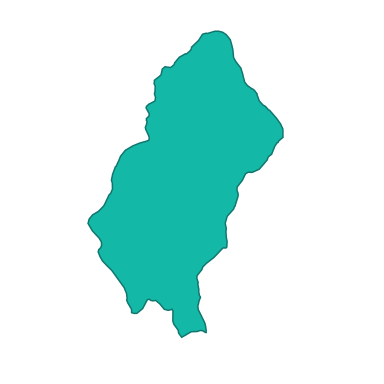 outline of Guatemala, Guatemala, rotated 325°
{"feature_id": "79465075B25759952858694", "entity_name": "Guatemala", "entity_type": "district", "adm_level": 2, "iso_a3": "GTM", "parent_name": "Guatemala", "parent_adm1": "", "projection": "natural_earth1", "projection_center": [-90.482, 14.625], "detail": "fine", "context": "isolated", "style": "filled", "palette": "teal", "viewbox_px": 384, "rotation_deg": 325, "n_neighbors": 0, "source": "geoboundaries", "source_scale": "gbopen_adm2", "svg_char_len": 2490}
<svg xmlns="http://www.w3.org/2000/svg" viewBox="0 0 384 384"><g transform="rotate(325 192 192)"><path d="M132.8,136.1L131.9,138.9L128.5,144.0L124.5,146.5L122.8,146.7L121.9,147.1L113.7,151.8L111.6,152.8L104.4,154.2L97.5,153.7L92.2,155.2L88.8,158.1L88.1,166.8L89.5,176.5L89.1,181.0L87.4,183.8L85.2,185.3L82.6,185.7L80.8,187.2L79.6,192.2L79.1,197.1L80.1,203.6L81.3,210.2L81.6,231.4L80.1,237.8L77.9,241.8L76.5,243.1L75.8,245.9L75.2,253.4L73.3,256.2L74.9,258.2L77.2,259.8L84.7,259.2L93.3,254.8L94.6,254.8L95.7,255.7L95.9,257.0L97.6,258.8L100.2,260.1L100.4,261.2L101.5,265.5L102.0,272.2L104.8,275.4L108.4,276.7L107.9,279.3L107.4,279.6L102.3,286.7L101.3,289.7L101.4,297.2L100.1,300.0L100.2,305.1L110.6,306.0L111.7,306.3L116.1,309.2L119.4,310.2L121.2,311.8L121.6,312.9L122.4,314.7L123.0,315.2L124.3,313.4L125.8,310.5L126.5,308.9L127.4,306.5L129.7,291.8L131.9,288.0L132.6,287.8L135.4,285.2L138.6,283.1L138.8,280.9L140.3,277.6L141.8,275.6L144.1,270.4L145.0,270.0L146.6,265.2L148.3,263.4L155.6,261.2L157.8,259.6L162.8,258.7L172.4,258.2L184.7,255.7L185.7,255.8L187.6,257.3L188.9,257.1L192.4,252.6L194.1,248.8L197.0,244.0L199.2,241.5L201.1,237.0L201.8,236.2L204.3,234.2L206.9,232.1L216.5,229.8L218.1,228.4L218.8,228.5L221.2,226.6L226.8,222.3L228.1,220.9L229.0,219.4L229.7,216.6L231.8,213.8L239.8,211.4L246.2,207.8L249.5,208.0L250.5,208.9L252.7,210.5L260.3,211.9L271.9,208.9L274.7,206.9L278.8,206.8L286.3,201.9L289.7,200.6L291.3,200.7L292.3,199.9L297.9,199.4L299.8,196.5L301.5,194.2L302.6,192.4L303.6,186.9L303.5,179.7L302.4,169.5L301.8,168.7L301.2,163.8L300.0,161.4L299.4,155.9L301.1,149.5L301.6,149.1L301.4,144.6L300.8,142.4L300.3,142.0L298.4,136.4L298.2,131.8L298.7,131.0L300.3,126.4L301.0,125.0L303.1,118.5L302.7,110.5L303.2,105.7L307.2,98.6L308.8,94.6L310.7,89.2L310.3,82.8L308.8,78.8L306.2,75.7L302.9,73.4L295.6,71.0L294.6,70.0L291.2,68.8L284.4,71.6L274.7,73.1L273.2,74.7L270.3,75.4L266.6,75.7L265.8,75.0L258.9,74.3L252.0,76.2L250.3,77.4L246.7,77.8L245.7,77.6L242.7,74.9L241.9,73.9L238.1,74.3L233.8,78.3L231.5,78.6L225.2,78.9L224.9,79.7L223.4,81.0L222.9,82.1L222.7,84.0L218.8,89.1L218.2,89.3L217.4,90.3L216.6,93.2L214.8,95.4L213.4,96.2L207.2,95.3L203.9,95.7L202.6,96.8L201.8,103.5L200.3,105.1L196.8,105.7L195.7,107.1L195.7,108.5L193.3,110.7L190.9,112.2L190.0,114.2L188.7,121.5L187.9,123.3L186.4,124.8L183.9,124.3L177.5,122.0L170.3,120.3L161.4,119.6L154.0,121.7L149.9,124.4L148.4,125.2L144.7,127.4L143.5,127.5L137.1,132.0L132.8,136.1Z" fill="#14b8a6" stroke="#0f766e" stroke-width="1.5"/></g></svg>